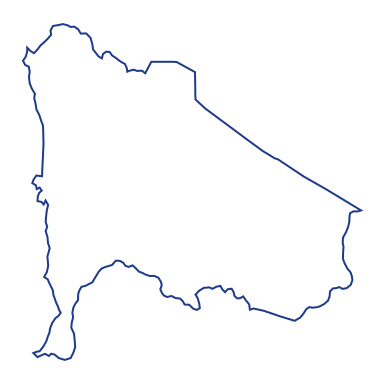 São Bento do Sul, Santa Catarina, Brazil (Natural Earth projection)
{"feature_id": "56859067B90666299888242", "entity_name": "São Bento do Sul", "entity_type": "district", "adm_level": 2, "iso_a3": "BRA", "parent_name": "Brazil", "parent_adm1": "Santa Catarina", "projection": "natural_earth1", "projection_center": [-49.376, -26.295], "detail": "fine", "context": "isolated", "style": "outline", "palette": "blue", "viewbox_px": 384, "rotation_deg": 0, "n_neighbors": 0, "source": "geoboundaries", "source_scale": "gbopen_adm2", "svg_char_len": 2898}
<svg xmlns="http://www.w3.org/2000/svg" viewBox="0 0 384 384"><path d="M27.2,51.7L25.7,56.8L23.0,60.7L25.2,65.0L28.8,66.7L29.7,71.9L29.0,77.1L29.7,83.2L31.7,88.4L34.9,93.8L34.2,98.1L35.4,102.9L36.5,109.6L39.4,115.2L41.2,120.9L42.9,125.2L43.2,130.0L43.5,144.1L42.0,176.3L36.4,175.5L33.6,179.5L32.3,183.1L36.0,185.4L36.8,189.1L39.6,187.6L41.7,190.5L39.1,193.0L37.8,196.6L37.5,201.1L41.4,201.9L43.7,204.5L45.6,200.5L48.1,204.9L46.7,211.1L46.0,217.4L45.7,222.3L47.2,226.6L45.7,231.1L47.5,237.1L48.0,243.0L49.7,248.2L48.6,252.3L47.4,256.5L47.8,261.1L48.2,265.8L46.9,272.0L44.1,277.0L47.7,279.3L49.3,283.1L51.2,286.9L52.8,290.2L53.4,294.8L54.9,299.0L56.1,302.5L57.8,306.1L58.9,309.5L60.7,312.7L58.7,315.7L55.4,318.2L52.3,322.8L50.1,328.4L49.4,332.8L47.8,336.7L46.2,341.5L43.1,346.8L39.7,351.2L36.5,351.8L33.4,353.0L37.5,357.1L41.8,355.1L45.2,353.8L48.9,356.0L51.2,353.7L54.6,354.6L58.9,358.1L64.8,359.9L70.6,358.1L73.4,352.6L75.2,347.2L74.7,340.5L74.0,333.7L71.3,327.7L71.8,322.2L73.1,317.5L72.4,312.5L73.4,307.6L75.2,303.9L78.0,300.2L78.2,293.8L79.7,289.8L81.5,286.8L85.4,285.9L88.4,284.3L92.4,282.3L95.3,277.3L98.8,271.6L101.6,268.6L105.2,267.0L112.0,265.0L115.8,260.7L119.7,260.8L123.3,262.8L125.5,265.9L128.7,266.9L132.6,265.4L135.5,268.0L138.9,271.6L142.6,273.0L145.4,274.5L149.9,276.0L154.3,275.9L158.4,277.7L161.1,282.1L161.7,285.7L160.3,289.1L161.9,293.0L164.0,295.6L167.1,297.0L171.6,296.0L175.4,298.0L180.2,298.6L182.9,301.4L184.6,304.5L189.3,304.8L193.1,308.6L196.8,309.9L199.8,308.1L199.2,303.4L197.6,298.0L195.5,294.6L199.2,290.7L203.7,287.9L209.3,287.4L212.5,288.8L216.1,286.8L220.4,285.9L222.2,289.2L225.0,292.2L227.8,289.2L231.6,288.7L233.6,292.0L234.4,295.8L237.1,298.4L240.1,298.2L243.2,296.4L245.9,300.4L249.2,304.4L249.9,309.7L253.6,308.5L264.2,310.9L271.3,313.3L278.7,315.9L294.7,320.8L300.3,317.5L303.4,313.7L306.3,309.1L309.4,307.1L312.4,307.7L316.8,307.2L319.9,306.3L324.2,304.0L328.0,300.7L329.6,296.4L330.0,291.4L333.0,288.4L336.3,288.1L339.2,287.1L342.7,288.9L346.7,288.1L350.6,285.0L352.4,280.3L351.9,276.4L350.6,272.4L347.4,268.6L344.7,263.5L343.1,259.4L343.0,255.5L343.2,250.9L343.5,246.8L342.7,242.8L343.0,237.6L345.9,232.4L348.1,227.1L349.3,221.9L349.5,216.8L350.0,213.3L353.3,211.4L357.7,211.4L361.0,210.4L326.0,189.2L303.7,176.5L277.9,159.3L274.7,158.3L262.9,151.1L246.6,139.2L205.1,108.4L195.5,99.5L195.3,94.1L195.3,90.2L195.2,84.8L195.0,72.1L176.6,62.0L172.8,61.8L168.8,61.8L157.8,61.8L151.3,61.8L145.2,73.3L142.0,70.7L137.0,70.9L133.9,69.7L130.2,70.5L127.3,71.7L126.8,68.2L125.0,64.0L121.5,62.1L118.4,60.0L115.4,57.6L112.0,55.4L109.8,52.1L106.3,51.6L103.0,54.0L101.9,58.4L98.5,56.4L95.6,52.6L93.1,49.5L92.4,44.5L90.5,37.8L86.2,33.4L80.8,33.6L78.1,29.2L74.2,26.6L70.8,27.0L67.4,25.2L62.8,24.1L58.8,25.0L53.0,26.0L50.5,30.6L51.1,34.8L47.6,38.9L43.2,43.1L40.6,45.3L37.7,49.2L34.0,53.2L30.6,51.1L27.2,47.7L27.2,51.7Z" fill="none" stroke="#1e3a8a" stroke-width="2"/></svg>